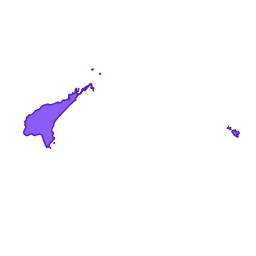 Phu Quoc, Kiên Giang, Vietnam (Mercator projection), rotated 236°
{"feature_id": "81297802B871478188231", "entity_name": "Phu Quoc", "entity_type": "district", "adm_level": 2, "iso_a3": "VNM", "parent_name": "Vietnam", "parent_adm1": "Kiên Giang", "projection": "mercator", "projection_center": [103.915, 9.853], "detail": "fine", "context": "isolated", "style": "filled", "palette": "violet", "viewbox_px": 256, "rotation_deg": 236, "n_neighbors": 0, "source": "geoboundaries", "source_scale": "gbopen_adm2", "svg_char_len": 5571}
<svg xmlns="http://www.w3.org/2000/svg" viewBox="0 0 256 256"><g transform="rotate(236 128 128)"><path d="M187.0,44.6L186.4,44.2L185.5,43.4L183.0,39.2L181.8,38.7L181.2,38.6L180.3,38.9L179.6,39.0L179.1,39.2L177.9,40.5L177.7,41.1L177.7,42.5L177.5,43.4L177.0,44.8L176.7,45.2L176.1,45.4L175.1,45.6L174.4,45.9L173.9,46.2L173.3,48.9L172.4,51.0L171.3,52.1L170.6,52.6L170.2,52.7L169.7,52.6L169.3,52.2L168.8,52.3L168.6,52.1L166.5,51.7L166.1,51.5L165.6,51.4L165.1,51.1L164.3,51.0L164.1,50.9L162.8,50.9L162.0,50.5L160.8,50.5L160.5,50.3L160.2,50.3L159.6,49.9L159.4,50.0L159.1,50.4L158.8,50.4L158.6,50.3L158.3,50.0L157.5,49.8L157.3,49.9L157.2,50.0L157.5,50.5L157.5,51.0L157.0,51.3L156.9,51.8L156.7,51.8L156.8,52.0L156.7,52.2L156.9,52.4L157.2,52.4L157.9,52.9L158.2,53.4L158.6,54.4L159.0,56.1L159.4,57.9L160.3,60.0L160.1,60.5L160.7,60.9L160.9,61.5L161.1,61.5L161.0,61.0L161.4,60.7L162.0,60.6L162.4,60.7L163.0,60.9L164.0,61.4L164.8,62.3L165.1,63.1L165.7,63.3L166.6,63.4L167.8,63.0L168.9,63.5L169.7,64.2L170.2,64.9L170.6,65.7L171.0,66.5L171.1,67.0L171.4,67.5L171.9,67.8L172.4,68.4L172.9,68.6L173.1,69.0L173.6,69.7L173.7,70.2L174.1,70.6L174.4,71.2L175.2,73.8L175.4,74.2L175.4,74.5L175.6,74.8L176.0,76.1L176.5,78.3L176.5,78.7L176.7,79.0L179.6,92.5L180.5,98.8L180.4,99.4L180.6,99.8L180.5,100.4L180.8,100.6L181.0,100.6L181.2,100.8L181.5,100.7L181.8,100.8L182.1,101.2L182.4,102.2L182.4,102.9L183.0,103.4L183.0,104.1L183.2,104.4L183.3,105.1L183.2,105.3L183.3,105.5L183.2,105.9L183.5,106.3L184.0,106.2L184.2,105.4L184.8,105.1L185.3,105.1L185.6,105.1L186.1,105.5L186.7,106.2L187.0,105.6L187.6,105.4L187.8,105.4L188.0,105.6L188.1,105.9L188.3,106.2L188.6,106.3L188.8,106.7L189.8,107.1L189.8,106.6L189.4,106.0L189.1,105.7L188.8,106.0L188.3,105.8L188.0,105.4L187.9,104.8L187.4,104.3L186.6,103.2L186.6,102.4L186.9,101.8L187.2,101.6L187.7,101.8L187.7,101.7L187.9,101.6L187.3,101.0L187.3,99.7L187.5,99.1L187.8,98.6L188.0,98.5L188.4,98.5L188.4,98.0L188.5,97.5L188.5,97.3L188.3,97.1L188.1,97.0L187.4,96.9L187.1,96.5L186.2,95.8L186.0,96.2L185.7,96.3L185.4,96.2L184.9,95.8L184.5,95.0L184.7,94.8L184.9,94.9L185.8,93.8L185.8,92.5L186.0,91.5L186.6,90.8L186.9,90.6L187.5,89.4L187.0,88.1L186.6,87.6L186.6,86.9L186.8,86.2L187.4,85.2L188.5,84.4L188.4,84.3L188.6,84.0L189.4,80.5L189.4,80.2L190.4,77.0L191.1,75.9L191.6,75.5L191.8,75.6L192.0,75.5L192.2,75.1L192.4,75.1L192.6,74.8L193.1,73.7L193.6,71.9L193.9,70.9L194.2,70.3L194.1,69.6L194.1,68.7L193.9,68.1L193.8,67.5L193.4,66.6L193.2,65.3L193.2,64.3L193.7,63.0L193.8,62.0L194.1,61.1L194.1,60.9L194.0,60.4L193.2,57.9L193.2,57.4L193.0,56.8L192.9,56.2L192.9,55.1L193.2,54.3L193.7,53.7L194.1,53.6L194.1,53.3L193.6,51.9L193.7,51.3L193.8,51.3L193.9,50.9L193.6,50.5L193.1,49.9L193.1,49.7L192.8,49.5L192.7,49.2L191.7,48.3L191.3,47.7L191.1,47.0L190.6,46.5L190.6,46.2L191.1,46.0L191.1,45.7L190.8,45.7L190.5,46.1L190.4,46.1L189.8,45.9L188.5,44.6L188.3,44.2L188.0,44.1L187.6,44.1L187.5,44.5L187.3,44.6L187.0,44.6ZM64.0,212.4L63.1,212.1L62.6,212.1L61.6,212.7L59.9,213.3L59.4,213.7L59.2,214.0L59.2,214.4L59.5,214.6L59.9,214.7L61.1,214.2L61.5,214.2L61.7,214.5L61.8,215.1L61.2,216.0L61.2,216.3L61.5,217.1L61.9,217.4L62.0,217.4L62.6,217.2L63.2,217.4L63.4,217.3L64.2,216.3L64.6,215.6L65.5,215.3L66.1,214.7L66.5,214.4L67.0,214.3L67.3,214.1L67.2,213.4L67.3,212.5L67.1,212.3L66.8,212.2L65.4,212.2L64.0,212.4ZM184.1,112.8L183.9,112.6L183.5,112.8L183.5,113.3L183.4,113.4L183.8,113.5L183.9,113.9L183.8,114.2L183.6,114.4L183.8,114.6L184.0,114.8L184.0,115.2L183.7,115.3L183.6,115.6L183.6,115.8L184.0,116.0L184.1,116.3L184.3,116.1L184.6,116.3L184.7,116.5L185.0,117.0L185.3,117.1L185.5,116.8L185.7,116.7L185.8,116.2L185.8,115.9L185.3,115.7L185.1,115.3L185.2,114.9L185.4,114.7L185.4,114.4L185.4,114.0L184.7,112.9L184.4,112.9L184.1,112.8ZM185.5,111.7L185.6,111.3L185.4,111.0L185.0,110.7L184.9,110.4L184.5,110.2L184.0,110.3L184.1,110.8L184.5,111.2L184.6,111.9L185.2,112.0L185.7,112.6L185.9,112.7L186.0,112.5L185.7,111.8L185.5,111.7ZM70.8,213.3L71.0,213.2L71.2,212.1L70.5,211.5L70.3,211.5L69.5,212.2L69.4,212.4L69.6,212.5L70.2,212.7L70.6,213.2L70.8,213.3ZM184.0,109.1L184.0,108.6L183.7,108.1L183.0,107.6L183.0,108.8L183.5,109.3L184.0,109.1ZM184.8,118.9L185.4,118.5L185.5,118.3L185.2,118.0L184.6,118.0L184.3,118.3L184.4,118.7L184.8,118.9ZM196.2,131.9L196.7,131.4L196.8,130.7L196.6,130.6L196.2,130.7L196.0,131.0L196.0,131.3L196.1,131.5L196.2,131.9ZM182.3,119.9L182.2,119.7L181.7,119.8L181.4,119.9L181.3,120.1L181.5,120.3L181.9,120.4L182.4,120.9L182.3,120.1L182.3,119.9ZM180.9,121.2L180.4,121.0L180.1,121.2L179.8,121.2L179.8,121.4L180.0,121.7L180.5,121.8L180.9,121.6L180.9,121.4L181.2,121.3L181.2,121.2L180.9,121.2ZM72.6,211.7L72.4,211.1L72.3,210.6L72.2,210.4L71.9,210.8L72.3,211.5L72.6,211.7ZM184.5,121.2L184.2,121.2L183.7,121.1L183.5,121.4L183.8,121.6L184.1,121.5L184.3,121.7L184.5,121.2ZM185.4,120.4L185.4,120.1L185.1,120.0L185.1,120.4L185.3,120.5L185.8,120.8L185.9,120.6L185.7,120.3L185.6,120.2L185.4,120.4ZM66.2,215.9L66.4,215.7L66.3,215.4L65.9,215.4L65.7,215.5L65.8,215.8L66.2,215.9ZM188.9,135.3L188.9,135.1L188.6,134.9L188.6,135.2L188.3,135.5L188.5,135.7L188.9,135.3ZM187.2,107.6L186.3,106.9L186.3,107.0L186.4,107.3L187.1,107.7L187.2,108.0L187.3,108.1L187.2,107.9L187.2,107.6ZM154.7,52.4L154.6,52.5L155.0,52.8L155.1,52.5L154.7,52.4ZM156.8,58.2L156.6,58.3L156.7,58.5L157.0,58.6L157.1,58.3L156.8,58.2ZM188.2,109.2L188.3,108.9L188.0,108.8L187.4,108.2L187.7,108.9L188.2,109.2ZM185.2,122.3L185.5,122.0L185.4,121.7L185.2,121.8L185.2,122.2L185.1,122.3L185.2,122.3ZM179.2,120.3L179.2,119.8L179.0,120.2L178.7,120.3L179.0,120.4L179.2,120.3Z" fill="#8b5cf6" stroke="#5b21b6" stroke-width="1.5"/></g></svg>